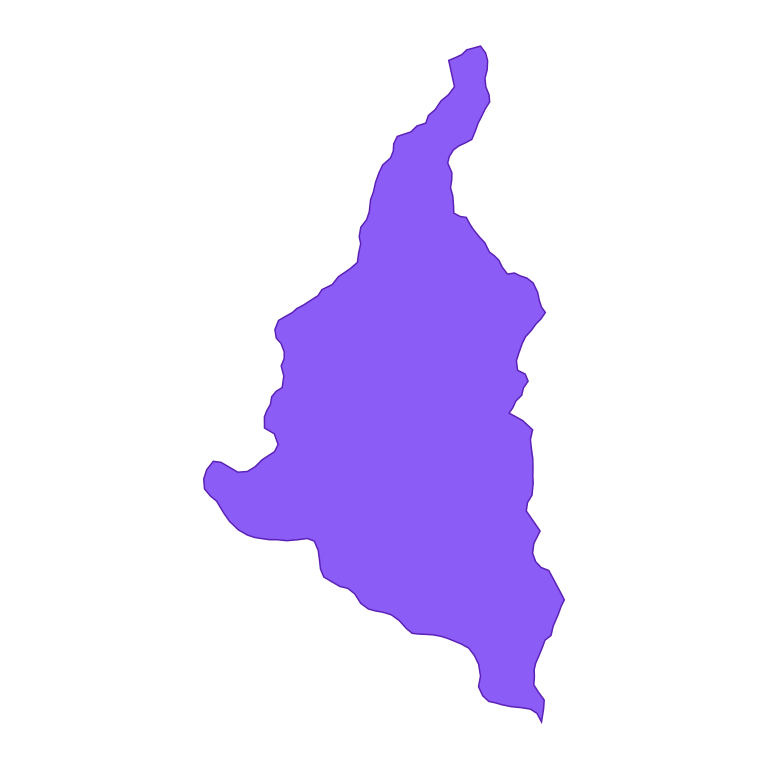 Ipiaú, Bahia, Brazil
{"feature_id": "56859067B59871971648685", "entity_name": "Ipiaú", "entity_type": "district", "adm_level": 2, "iso_a3": "BRA", "parent_name": "Brazil", "parent_adm1": "Bahia", "projection": "robinson", "projection_center": [-39.724, -14.039], "detail": "fine", "context": "isolated", "style": "filled", "palette": "violet", "viewbox_px": 768, "rotation_deg": 0, "n_neighbors": 0, "source": "geoboundaries", "source_scale": "gbopen_adm2", "svg_char_len": 2663}
<svg xmlns="http://www.w3.org/2000/svg" viewBox="0 0 768 768"><path d="M238.4,529.9L247.3,535.0L254.4,537.4L261.0,538.5L269.6,539.7L277.1,539.7L286.8,540.7L298.0,539.7L307.3,538.5L314.3,541.1L318.2,550.3L319.5,560.0L320.5,569.1L323.8,577.0L331.8,581.8L340.0,586.5L347.7,588.3L354.7,593.8L360.8,603.4L368.4,609.0L375.0,610.8L382.7,612.2L391.1,614.7L399.2,620.5L406.5,628.6L412.2,633.3L418.2,634.0L426.4,634.4L432.8,634.8L440.5,636.2L446.8,638.1L453.1,640.6L461.0,643.9L468.7,648.1L474.4,655.5L478.6,664.1L480.5,676.1L478.5,686.7L482.7,695.8L488.8,701.4L495.9,703.0L502.1,704.8L510.9,706.6L520.8,707.6L530.4,709.1L537.0,713.4L541.5,721.9L543.6,708.8L544.2,700.0L538.6,692.4L533.8,684.9L534.4,677.5L534.2,669.6L535.7,663.1L538.3,657.2L542.1,648.1L545.0,640.2L551.0,635.5L553.1,626.3L558.2,614.5L561.2,606.1L564.3,599.9L561.2,593.7L548.8,570.5L541.1,567.5L535.7,561.7L532.6,553.4L533.8,543.6L540.1,531.0L526.3,511.0L527.5,502.6L532.0,495.1L533.2,483.1L532.8,476.2L533.0,468.6L532.8,458.8L531.4,448.6L530.4,439.6L532.6,429.8L522.7,420.6L509.1,413.1L512.9,407.6L515.8,401.1L521.7,395.2L523.4,388.0L528.1,381.2L525.2,374.1L517.6,370.3L516.4,360.8L519.0,352.5L522.3,343.3L525.5,336.8L531.4,330.3L535.8,324.2L540.9,319.0L545.4,312.5L541.5,307.1L539.3,300.4L537.7,292.5L533.2,283.0L526.9,278.1L520.1,275.8L514.4,273.0L507.5,274.1L502.2,267.1L498.9,260.3L494.5,255.9L489.3,251.9L484.9,242.9L479.5,237.1L473.2,229.3L469.6,223.7L466.3,217.4L460.2,216.5L453.8,213.1L453.5,205.1L452.8,196.0L450.5,187.6L451.7,180.4L451.9,172.8L447.7,163.0L449.3,156.5L453.4,150.0L458.6,146.0L465.5,142.8L471.8,139.4L475.4,130.8L478.0,123.4L481.7,116.2L485.0,109.3L489.7,101.8L489.0,94.7L485.8,86.8L485.0,78.2L487.2,69.7L487.6,60.6L485.6,53.0L480.5,46.1L466.8,49.8L461.8,54.6L455.0,57.8L448.7,60.4L454.5,86.8L448.3,94.9L441.0,100.9L435.1,109.7L428.4,115.5L425.8,123.1L416.9,126.0L410.9,131.9L404.6,134.0L397.3,136.4L393.7,143.8L393.3,151.0L390.6,157.9L382.6,165.1L379.1,172.5L375.6,182.2L373.4,192.0L370.6,199.6L369.3,211.6L366.7,219.6L360.8,227.2L359.2,236.7L360.7,243.6L358.6,253.4L357.4,262.4L349.9,268.9L338.4,276.7L332.2,284.6L321.9,289.6L318.2,295.5L312.8,299.0L303.2,305.2L296.9,308.5L292.3,312.6L286.0,316.1L278.5,320.5L274.9,329.6L276.3,338.2L281.0,343.4L284.2,351.8L284.2,358.5L281.2,365.9L283.8,376.1L282.2,387.5L276.1,391.4L271.7,396.7L270.4,404.4L266.7,410.9L264.4,416.9L264.5,428.0L274.3,433.8L278.1,444.5L274.6,451.6L268.6,455.5L262.1,459.8L254.8,467.0L247.3,471.5L237.8,472.2L229.2,467.1L220.9,462.3L213.3,461.3L206.7,469.7L203.7,479.0L204.5,488.9L210.5,496.1L216.7,501.2L220.1,507.0L224.5,514.2L229.6,521.4L238.4,529.9Z" fill="#8b5cf6" stroke="#5b21b6" stroke-width="1.5"/></svg>